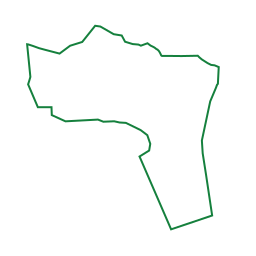 the district of Bayancagaan, Bayanhongor, Mongolia, rotated 175°
{"feature_id": "93677404B22663539773144", "entity_name": "Bayancagaan", "entity_type": "district", "adm_level": 2, "iso_a3": "MNG", "parent_name": "Mongolia", "parent_adm1": "Bayanhongor", "projection": "orthographic", "projection_center": [98.843, 45.297], "detail": "fine", "context": "isolated", "style": "outline", "palette": "green", "viewbox_px": 256, "rotation_deg": 175, "n_neighbors": 0, "source": "geoboundaries", "source_scale": "gbopen_adm2", "svg_char_len": 1074}
<svg xmlns="http://www.w3.org/2000/svg" viewBox="0 0 256 256"><g transform="rotate(175 128 128)"><path d="M93.9,23.3L51.8,33.5L54.3,74.2L55.8,96.3L55.5,109.1L43.8,147.3L37.2,159.8L36.4,161.4L36.1,162.2L35.9,162.4L35.8,162.6L35.7,162.9L35.6,163.2L35.3,163.5L34.6,164.2L32.3,180.8L36.3,182.9L39.7,183.6L43.2,185.8L48.5,189.9L49.9,191.3L50.7,192.1L52.2,193.9L68.3,195.0L79.6,196.1L84.1,196.5L87.8,196.8L88.6,197.4L89.0,198.6L89.3,199.4L89.7,200.4L90.0,201.0L90.7,202.3L91.2,202.8L91.6,203.3L91.8,203.6L92.1,203.7L92.9,204.2L93.4,204.7L93.6,204.9L94.0,205.3L95.0,206.1L96.4,207.0L97.6,207.7L98.3,208.1L101.2,210.7L108.0,208.9L110.3,210.2L116.0,211.2L123.4,214.2L126.2,220.7L134.1,222.7L146.7,231.5L151.8,232.7L166.1,217.7L178.5,215.0L189.7,208.1L203.7,213.1L209.7,215.3L215.5,218.0L220.2,220.0L221.2,220.2L220.8,187.4L222.2,183.8L223.7,180.2L216.0,156.6L202.4,155.4L202.8,147.5L189.7,140.1L157.2,139.0L152.0,136.4L141.2,135.9L135.8,134.2L129.7,133.3L115.6,124.8L109.4,119.2L107.2,110.3L108.9,103.7L119.0,98.6L93.9,23.3Z" fill="none" stroke="#15803d" stroke-width="2"/></g></svg>